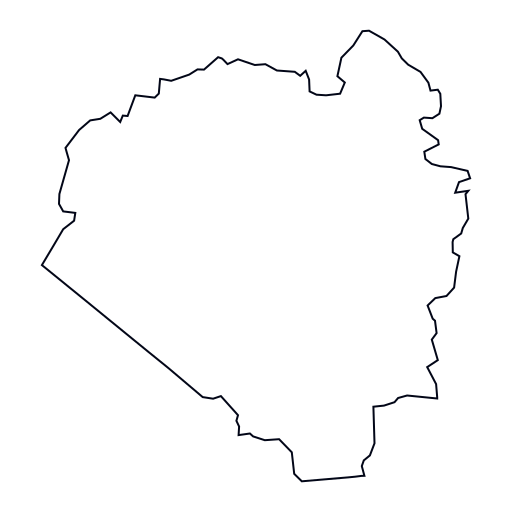 Aibonito, Puerto Rico (orthographic projection)
{"feature_id": "32010507B49819301822346", "entity_name": "Aibonito", "entity_type": "district", "adm_level": 2, "iso_a3": "PRI", "parent_name": "Puerto Rico", "parent_adm1": "", "projection": "orthographic", "projection_center": [-66.255, 18.128], "detail": "fine", "context": "isolated", "style": "outline", "palette": "ink", "viewbox_px": 512, "rotation_deg": 0, "n_neighbors": 0, "source": "geoboundaries", "source_scale": "gbopen_adm2", "svg_char_len": 1621}
<svg xmlns="http://www.w3.org/2000/svg" viewBox="0 0 512 512"><path d="M301.8,481.3L347.9,477.4L355.1,476.7L361.4,475.9L364.4,475.8L361.8,466.1L363.8,460.4L369.9,455.4L374.5,443.3L373.4,406.7L384.0,405.6L394.5,402.2L398.1,398.0L407.1,395.5L437.2,398.5L437.2,397.4L436.1,384.1L427.2,367.1L437.8,360.1L431.8,339.6L436.6,333.1L435.0,320.7L432.7,318.7L427.6,305.5L435.3,298.1L446.5,296.0L454.1,287.6L456.1,271.7L459.4,256.2L452.8,252.4L452.6,242.0L453.3,239.2L461.2,233.5L462.8,228.0L468.3,218.6L465.5,194.2L468.3,190.8L455.2,192.7L459.0,182.1L470.1,178.3L467.6,170.9L451.1,167.1L440.4,166.3L431.8,164.0L425.4,159.0L424.3,151.7L438.7,144.4L438.1,140.2L422.2,128.8L419.7,120.2L423.9,117.6L432.4,118.2L439.4,113.7L441.0,106.2L440.3,93.8L437.8,89.7L430.5,90.6L428.4,82.7L420.5,71.9L408.2,64.7L401.8,58.4L397.9,51.7L384.5,39.5L369.0,30.7L362.4,31.2L353.3,45.5L341.4,57.7L337.4,76.2L344.8,82.5L340.1,93.7L326.1,95.3L316.5,94.7L309.6,91.4L309.1,79.5L305.7,70.8L300.2,75.8L294.8,71.8L276.9,70.5L265.4,64.2L254.8,65.0L238.0,59.3L227.5,64.1L223.3,59.7L221.8,58.4L218.1,57.2L204.0,69.6L197.5,69.4L189.2,74.6L171.2,80.8L163.9,79.4L160.1,78.9L158.8,93.6L154.7,97.6L135.3,95.3L127.6,116.0L122.8,115.6L120.2,122.0L110.6,112.4L100.3,118.8L90.2,120.4L79.1,130.0L65.5,147.9L66.8,152.6L69.0,160.2L59.4,194.0L59.0,203.9L63.2,211.4L75.3,212.9L74.1,220.7L63.2,229.2L53.7,245.3L41.9,265.1L83.5,298.9L148.3,351.8L168.2,367.9L202.7,397.1L213.1,398.7L220.9,396.1L238.0,415.2L236.4,420.8L239.1,426.5L238.6,435.1L249.9,433.5L253.1,436.4L264.8,440.2L279.1,439.2L291.8,452.3L294.2,473.8L301.8,481.3Z" fill="none" stroke="#020617" stroke-width="2"/></svg>